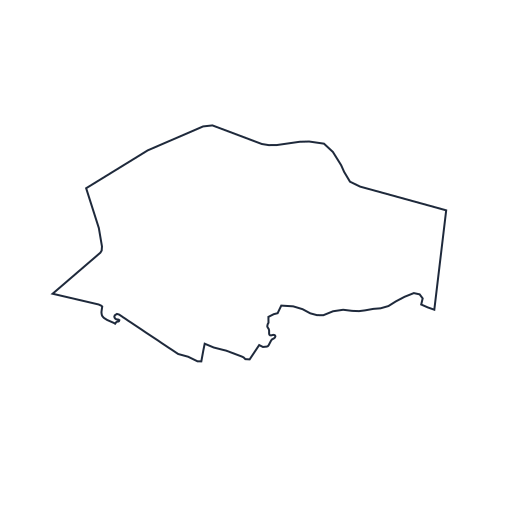 SVG path tracing the border of Béchar, rotated 211°
{"feature_id": "DZA-2148", "entity_name": "Béchar", "entity_type": "Province", "adm_level": 1, "iso_a3": "DZA", "parent_name": "Algeria", "parent_adm1": "", "projection": "robinson", "projection_center": [-2.712, 30.267], "detail": "fine", "context": "isolated", "style": "outline", "palette": "slate", "viewbox_px": 512, "rotation_deg": 211, "n_neighbors": 0, "source": "natural_earth", "source_scale": "10m", "svg_char_len": 1757}
<svg xmlns="http://www.w3.org/2000/svg" viewBox="0 0 512 512"><g transform="rotate(211 256 256)"><path d="M272.3,131.9L280.0,132.3L283.6,132.4L287.6,132.6L292.0,132.8L296.6,133.1L301.5,133.3L306.4,133.5L311.3,133.7L316.1,134.0L320.7,134.2L325.0,134.4L328.9,134.6L332.3,134.7L335.1,134.9L337.2,135.0L338.5,135.0L339.0,135.1L343.2,135.3L345.4,134.7L346.5,132.4L346.2,131.0L345.3,130.2L344.2,129.8L343.1,129.8L341.0,130.7L340.1,130.6L339.9,129.6L340.1,129.1L341.0,128.4L341.3,128.0L341.7,127.3L341.8,126.8L341.8,126.2L341.9,125.4L342.7,125.5L350.7,124.5L354.4,124.6L355.6,124.9L356.6,125.3L357.1,125.5L357.5,125.8L358.1,126.4L358.7,127.1L359.4,128.0L360.0,129.2L361.8,133.5L363.1,133.7L365.9,133.4L410.9,118.9L391.1,178.7L391.1,181.2L392.9,184.8L405.1,199.0L436.5,226.6L403.2,290.8L368.1,339.8L360.6,345.5L308.7,355.0L302.2,357.6L295.2,361.9L277.4,376.4L269.4,381.5L255.6,387.3L243.7,384.8L229.8,377.7L223.8,373.5L213.7,368.1L202.5,369.1L116.5,393.1L75.5,301.8L82.3,300.4L89.4,299.5L91.3,305.5L96.0,307.4L101.6,305.5L107.6,297.6L112.7,289.2L116.7,281.3L122.3,275.3L128.2,271.1L134.6,265.5L139.3,261.8L145.3,258.5L153.6,254.8L161.5,248.3L167.8,239.9L173.3,236.7L180.0,234.8L188.7,234.4L198.2,232.0L208.8,226.5L208.4,222.3L208.0,218.1L210.8,215.3L214.0,210.2L210.9,205.2L210.9,203.9L210.6,202.7L210.1,201.5L209.4,200.9L207.4,199.9L206.4,198.9L204.9,196.4L204.1,195.5L203.1,195.3L202.2,195.7L200.6,197.3L199.6,197.7L198.7,197.7L198.0,197.1L197.8,195.9L198.2,194.6L199.4,192.6L199.5,191.0L199.2,186.0L199.4,184.8L200.1,183.9L203.2,181.6L207.4,181.3L208.2,164.1L212.0,162.1L214.4,162.7L216.5,162.5L232.9,159.5L236.1,158.5L245.1,155.8L254.8,154.4L252.5,147.9L248.6,137.5L251.9,135.6L262.3,134.7L272.3,131.9Z" fill="none" stroke="#1e293b" stroke-width="2"/></g></svg>